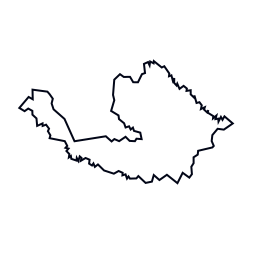 the district of Solano, Caquetá, Colombia, rotated 351°
{"feature_id": "7082276B1556586451217", "entity_name": "Solano", "entity_type": "district", "adm_level": 2, "iso_a3": "COL", "parent_name": "Colombia", "parent_adm1": "Caquetá", "projection": "equal_earth", "projection_center": [-73.482, 0.241], "detail": "medium", "context": "isolated", "style": "outline", "palette": "ink", "viewbox_px": 256, "rotation_deg": 351, "n_neighbors": 0, "source": "geoboundaries", "source_scale": "gbopen_adm2", "svg_char_len": 1875}
<svg xmlns="http://www.w3.org/2000/svg" viewBox="0 0 256 256"><g transform="rotate(351 128 128)"><path d="M39.7,75.2L38.4,84.7L34.7,81.8L23.8,91.2L28.5,95.2L32.5,93.2L36.2,96.1L35.7,99.9L39.1,104.2L38.6,111.7L44.3,110.1L44.0,112.6L47.6,111.9L49.9,116.3L48.4,118.6L50.2,123.1L49.0,125.8L63.5,131.1L65.2,136.2L63.2,137.8L66.0,139.0L63.6,141.1L66.0,144.6L65.0,147.8L67.2,146.7L67.2,149.6L72.0,152.1L72.7,149.6L73.8,152.8L75.9,148.5L77.4,150.3L76.3,153.0L81.4,151.0L85.1,153.3L84.0,157.1L86.6,159.4L88.3,157.6L89.2,161.2L92.6,159.3L97.7,166.2L106.9,170.9L112.0,169.0L115.7,171.4L115.1,173.9L118.3,173.4L119.1,177.8L120.9,175.9L122.0,178.3L128.4,179.1L130.7,177.1L136.8,185.0L143.2,184.7L146.1,178.5L150.9,184.3L159.1,180.3L168.2,190.2L175.0,180.8L180.8,186.6L183.9,183.6L184.5,176.2L187.3,173.0L188.2,167.2L192.7,165.2L193.7,161.5L208.3,160.4L209.9,159.1L208.6,154.0L210.2,148.2L216.4,142.8L222.4,144.6L232.2,139.9L225.1,131.6L222.6,134.7L221.5,131.6L218.4,135.8L218.6,132.9L215.8,132.9L217.2,129.6L213.5,131.8L214.1,129.6L209.1,125.3L210.1,122.9L208.6,125.0L206.0,121.7L207.1,119.5L203.0,120.7L204.4,117.1L202.6,113.7L199.6,114.0L198.7,106.3L198.0,108.3L195.2,104.6L195.8,100.5L191.6,100.5L192.3,98.2L189.5,95.1L185.0,97.4L183.6,91.9L182.6,93.6L180.6,90.6L181.5,86.0L179.7,88.5L179.1,82.8L176.6,83.3L177.3,80.6L173.5,72.7L170.8,73.5L164.0,66.0L163.4,68.1L160.3,65.8L159.1,69.5L158.1,66.0L153.8,67.2L153.4,76.4L150.2,77.0L145.0,84.4L140.3,83.6L138.0,77.8L131.8,76.9L128.5,73.6L122.0,78.1L118.4,93.0L118.8,98.4L114.0,108.5L120.6,114.1L120.5,117.8L124.9,122.7L125.7,127.1L129.3,126.5L130.4,129.9L132.9,128.4L133.5,131.8L139.4,134.5L139.7,141.1L134.7,139.9L132.8,142.1L127.6,141.0L124.2,136.3L117.2,139.6L112.8,136.8L109.7,138.7L104.8,132.7L73.1,132.7L66.7,109.1L57.4,97.9L56.4,91.8L58.3,87.3L55.9,82.4L54.1,79.5L39.7,75.2Z" fill="none" stroke="#020617" stroke-width="2"/></g></svg>